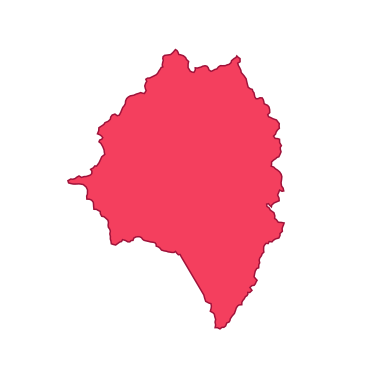 outline of Sete Barras, São Paulo, Brazil, rotated 335°
{"feature_id": "56859067B13944470581670", "entity_name": "Sete Barras", "entity_type": "district", "adm_level": 2, "iso_a3": "BRA", "parent_name": "Brazil", "parent_adm1": "São Paulo", "projection": "mercator", "projection_center": [-47.936, -24.296], "detail": "fine", "context": "isolated", "style": "filled", "palette": "rose", "viewbox_px": 384, "rotation_deg": 335, "n_neighbors": 0, "source": "geoboundaries", "source_scale": "gbopen_adm2", "svg_char_len": 4490}
<svg xmlns="http://www.w3.org/2000/svg" viewBox="0 0 384 384"><g transform="rotate(335 192 192)"><path d="M84.3,129.3L84.0,131.6L85.6,133.0L87.6,134.5L89.2,135.3L91.3,136.2L92.9,136.8L94.5,137.8L96.6,139.3L98.2,142.8L98.2,145.9L96.3,149.8L94.8,151.2L93.7,154.0L96.0,155.2L97.6,157.0L98.2,159.6L97.6,161.3L96.7,163.6L95.8,166.2L98.0,167.3L99.3,169.2L100.6,170.8L99.8,172.9L99.9,175.8L101.9,177.3L103.2,180.2L103.9,182.2L103.3,184.5L102.0,186.5L101.3,188.5L101.7,190.9L101.5,192.9L99.8,195.3L99.3,197.7L98.1,200.1L97.8,202.2L97.0,204.8L98.3,206.1L100.4,207.8L102.9,207.3L105.4,206.8L107.2,207.1L108.9,205.8L111.2,207.8L112.8,210.1L114.6,210.9L116.2,210.3L118.1,210.9L119.7,209.2L122.1,209.0L124.0,209.6L125.6,210.4L126.9,212.0L127.3,214.0L128.1,215.5L129.9,217.0L131.6,218.3L133.4,219.8L135.5,221.1L137.0,222.3L137.4,224.2L136.7,225.9L138.3,227.5L139.3,229.4L139.8,231.7L141.9,233.6L143.8,234.9L145.1,236.2L146.7,237.2L148.4,238.4L150.2,239.2L151.9,238.9L152.3,240.8L153.1,243.1L154.8,243.6L154.9,246.2L155.1,248.4L159.2,290.3L158.6,293.4L158.2,296.9L160.3,299.7L162.0,301.2L161.4,303.5L160.2,305.5L158.2,307.8L160.1,310.5L160.6,312.2L160.0,314.5L159.6,317.4L157.9,319.7L157.2,322.5L155.6,324.7L157.7,325.7L159.5,327.9L162.0,327.3L163.6,328.1L165.9,327.6L168.1,325.4L170.6,325.5L172.0,324.6L173.1,323.1L175.9,321.4L179.1,320.0L181.5,317.6L183.0,315.9L185.3,314.5L187.0,314.3L189.5,315.2L190.5,313.1L192.2,311.8L194.0,311.0L196.2,309.4L198.0,309.2L199.4,308.2L200.1,306.6L201.9,307.5L204.8,306.5L204.1,303.0L206.7,302.2L208.9,302.8L210.5,302.0L212.2,300.5L213.7,299.5L213.0,297.4L212.4,295.1L214.4,292.3L215.9,290.4L218.3,288.7L220.4,288.9L221.9,286.0L223.4,284.8L224.1,282.1L225.5,280.5L228.0,279.1L229.5,277.6L231.7,276.9L232.3,275.0L233.9,271.8L235.6,270.6L237.4,269.8L239.3,270.9L241.0,269.5L243.4,271.0L245.2,270.2L247.8,269.8L251.3,270.4L253.4,268.6L254.2,266.8L257.3,265.8L258.2,263.3L259.5,261.8L261.0,260.5L262.4,259.0L260.2,257.4L257.4,255.9L256.7,252.5L255.7,251.0L257.0,248.6L257.5,245.4L255.3,241.5L255.2,239.1L253.8,236.7L254.5,234.5L256.4,234.9L256.8,236.8L257.7,239.0L258.8,237.5L261.9,236.6L265.0,236.7L267.3,236.8L268.3,234.2L268.3,230.9L270.2,229.2L272.2,227.3L273.9,229.4L275.6,229.8L276.2,227.0L275.7,224.4L276.6,221.3L278.3,218.8L279.9,216.1L280.3,213.6L279.9,210.8L278.7,208.2L277.4,206.2L276.6,204.0L274.7,202.0L275.8,200.6L276.8,198.4L279.6,197.5L281.9,197.2L283.5,196.6L285.6,196.8L287.5,195.2L289.7,193.2L290.1,190.6L290.9,188.8L292.6,187.8L292.3,184.3L293.6,181.2L292.2,179.8L290.0,178.6L289.5,175.8L292.2,174.8L293.6,173.2L295.7,171.9L298.1,171.2L298.9,168.8L300.0,166.9L299.5,164.9L299.0,162.4L296.4,159.9L294.6,157.6L293.2,156.1L293.3,153.9L296.0,152.9L297.2,150.1L297.7,147.5L297.1,145.3L296.0,144.1L294.7,142.5L295.2,140.7L295.6,138.6L295.4,136.4L293.4,135.3L291.2,135.3L289.5,134.6L289.1,132.4L289.7,129.9L290.1,128.2L289.7,126.5L290.0,124.5L288.4,123.0L287.2,120.8L287.5,118.9L288.2,115.3L288.9,112.3L288.3,108.8L287.6,106.3L287.1,104.5L287.7,102.3L287.7,99.3L287.5,97.2L287.8,94.6L290.6,94.3L291.9,91.4L290.7,89.3L290.1,87.6L288.7,88.7L286.7,88.8L283.3,89.7L282.1,91.2L279.7,92.0L277.4,91.6L275.6,91.6L273.1,90.5L271.1,89.5L268.9,89.8L266.4,91.0L264.5,90.6L262.0,90.8L260.2,90.7L259.0,88.5L259.2,86.2L258.7,84.3L257.2,83.1L254.8,82.5L253.2,82.6L249.1,81.9L247.4,80.8L246.5,82.9L244.3,84.4L242.8,83.4L241.5,81.8L241.0,77.6L242.6,74.3L244.1,72.3L243.0,69.6L243.0,67.4L241.8,64.9L239.6,62.8L238.1,61.7L238.4,59.4L238.2,57.5L237.2,55.9L233.5,57.6L230.6,58.4L227.1,57.3L224.9,56.6L223.0,57.1L221.9,58.8L221.6,60.6L220.2,62.2L218.7,64.3L218.4,66.3L216.7,66.1L214.9,67.4L213.4,68.2L211.2,69.8L209.3,70.6L206.7,70.7L201.8,70.8L199.8,70.0L197.8,70.3L197.7,72.7L196.1,73.7L194.0,75.9L193.4,78.7L193.3,80.7L190.5,82.6L189.0,81.6L187.5,80.2L185.5,80.1L182.9,79.7L180.2,79.7L176.7,78.8L174.4,79.0L172.3,79.7L170.3,81.4L168.9,83.8L167.1,85.1L165.0,86.1L163.1,87.8L161.2,89.6L158.6,91.6L156.5,91.3L155.1,88.8L152.2,88.5L150.0,89.7L148.7,91.6L145.9,92.5L142.4,92.4L140.7,93.5L138.4,93.9L134.8,94.4L133.3,97.1L130.9,99.3L132.6,101.1L133.7,103.1L134.1,105.0L132.6,106.0L130.3,105.9L128.9,107.2L130.0,109.4L130.3,113.2L130.1,116.7L129.3,119.0L128.8,121.1L126.9,121.5L125.0,122.0L123.2,123.6L120.1,126.2L118.0,127.4L116.4,128.2L115.0,127.3L112.7,128.4L109.7,128.6L110.1,130.8L108.9,133.0L107.1,133.7L104.9,133.5L102.6,133.2L100.7,132.4L98.0,132.1L96.4,129.7L93.8,129.9L91.8,130.4L89.4,130.1L87.6,129.0L84.3,129.3Z" fill="#f43f5e" stroke="#9f1239" stroke-width="1.5"/></g></svg>